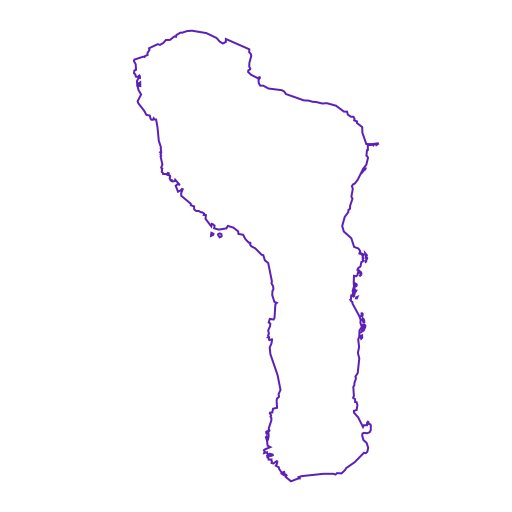 Fefen, Federated States of Micronesia (Natural Earth projection)
{"feature_id": "79324940B58883222100719", "entity_name": "Fefen", "entity_type": "district", "adm_level": 2, "iso_a3": "FSM", "parent_name": "Federated States of Micronesia", "parent_adm1": "", "projection": "natural_earth1", "projection_center": [151.838, 7.342], "detail": "fine", "context": "isolated", "style": "outline", "palette": "violet", "viewbox_px": 512, "rotation_deg": 0, "n_neighbors": 0, "source": "geoboundaries", "source_scale": "gbopen_adm2", "svg_char_len": 6071}
<svg xmlns="http://www.w3.org/2000/svg" viewBox="0 0 512 512"><path d="M233.3,227.6L238.1,231.3L238.5,234.0L243.1,234.7L245.4,239.1L248.8,242.7L250.0,242.6L250.5,243.2L250.1,244.7L251.3,246.3L255.2,248.3L261.8,254.9L263.3,255.2L264.9,260.4L268.2,263.0L271.9,281.3L271.5,283.3L273.1,286.2L273.4,289.3L272.5,290.8L272.2,295.0L274.4,301.9L276.8,302.9L275.4,304.2L274.5,317.9L273.6,319.5L269.8,318.9L268.7,322.6L270.3,323.6L270.1,326.1L268.2,330.4L268.9,333.6L268.1,335.3L268.6,336.3L267.9,337.3L269.1,337.4L269.0,339.7L269.7,340.1L271.9,339.3L272.1,340.0L271.4,343.7L269.7,347.5L270.4,354.2L277.6,375.2L280.5,389.9L278.6,394.1L279.0,396.8L277.0,398.6L276.6,400.9L277.1,407.8L273.0,408.7L272.3,412.5L270.1,412.6L269.8,413.2L271.1,415.3L270.5,416.7L271.3,417.6L271.4,420.2L268.9,427.8L268.7,429.4L269.4,430.2L269.3,431.0L268.2,431.6L267.3,431.1L266.2,431.9L266.4,433.5L267.0,433.9L268.4,433.1L268.7,436.0L268.2,438.6L266.7,436.3L265.9,437.2L267.0,440.5L267.6,445.7L270.3,447.1L264.5,449.6L263.9,450.2L264.6,451.2L264.1,453.1L267.0,452.2L267.7,454.6L269.9,453.7L272.7,454.6L272.8,455.3L271.1,455.9L267.2,456.0L267.4,457.4L268.4,457.8L268.6,459.6L271.5,459.5L271.4,460.8L271.9,461.3L271.6,463.0L273.4,463.5L276.8,461.1L277.3,461.6L276.9,463.9L275.8,465.7L278.8,467.3L279.1,468.9L281.7,472.7L284.1,471.9L284.5,473.3L283.6,473.0L283.3,474.3L282.6,474.3L283.6,475.0L286.1,474.7L286.6,475.4L285.5,476.8L291.0,481.3L297.9,478.6L299.8,478.4L299.7,477.6L298.5,477.6L298.4,477.1L301.9,476.1L323.5,473.8L333.3,473.8L335.6,474.5L337.1,473.1L341.5,473.4L345.0,470.1L346.2,468.1L354.8,462.1L363.9,452.8L365.7,453.2L367.3,451.8L368.2,447.8L366.6,442.9L363.4,440.0L362.2,435.7L362.5,433.5L363.8,432.9L367.3,433.2L369.7,432.2L370.8,430.0L370.8,425.2L370.1,424.2L368.8,424.0L368.4,422.0L367.9,421.7L367.1,422.7L367.0,425.2L363.9,425.2L363.0,427.0L358.2,417.4L353.9,412.6L354.0,410.8L356.6,410.0L357.4,405.2L356.7,402.3L355.1,402.0L355.1,399.2L353.1,397.8L353.9,395.9L353.3,386.9L354.3,385.3L354.5,382.6L356.0,378.5L355.4,376.6L357.7,373.1L359.3,358.5L357.9,352.9L359.1,347.0L358.2,339.4L359.2,337.1L359.5,330.5L362.4,326.1L361.9,325.1L361.3,325.4L360.4,322.8L360.7,319.9L359.3,316.1L352.5,303.6L352.4,302.0L351.6,301.6L350.3,299.7L351.0,299.1L351.2,295.4L352.4,295.1L353.1,292.8L352.9,291.7L354.9,289.7L354.5,288.6L353.1,289.4L354.1,286.1L353.7,283.2L354.0,275.8L356.2,276.3L357.5,274.9L358.1,271.7L358.9,270.4L357.4,269.8L358.2,268.1L360.4,266.6L361.4,262.0L362.8,261.5L363.2,260.7L362.6,259.1L363.5,258.2L362.6,257.2L363.5,254.5L362.6,253.9L361.9,254.7L360.6,252.8L360.0,253.8L359.4,253.5L360.2,251.1L358.4,248.5L354.1,246.9L351.3,238.2L343.8,231.5L342.2,226.0L344.7,217.0L348.3,212.1L348.4,210.0L350.0,208.7L350.1,205.7L352.5,198.8L351.4,196.7L352.8,188.8L351.9,186.1L353.0,184.4L354.9,183.5L357.8,179.6L363.2,168.7L366.3,164.8L368.0,157.9L367.3,156.3L366.4,155.6L367.0,150.2L367.9,149.9L367.8,145.2L372.6,144.8L373.4,145.4L374.4,144.2L376.1,144.4L376.4,145.1L378.1,143.9L377.8,143.3L372.3,144.1L366.3,144.0L362.4,132.8L362.2,127.1L356.8,122.9L357.0,121.4L354.2,120.4L354.5,118.8L353.5,116.8L350.9,116.7L347.8,114.6L347.1,111.7L343.9,111.6L336.0,105.7L326.9,103.2L322.2,103.5L316.1,102.0L312.6,101.8L308.6,100.6L303.9,100.4L286.0,94.1L284.2,91.5L281.8,90.2L268.4,88.5L263.3,85.7L260.3,85.7L258.8,83.2L258.5,79.9L259.9,77.9L259.6,77.2L257.4,78.0L251.1,74.8L248.1,71.9L248.3,70.4L250.1,69.4L250.3,68.6L249.2,66.5L249.4,62.8L251.3,55.8L250.7,53.9L249.2,52.2L249.3,49.3L225.9,39.0L225.8,42.0L222.9,43.5L219.7,41.6L216.6,38.0L206.4,33.1L192.0,30.7L187.0,31.1L182.2,32.7L180.3,32.7L176.4,35.0L176.0,36.8L174.4,36.4L170.0,39.9L165.9,40.0L163.4,42.9L160.0,44.9L157.6,44.2L149.0,48.3L149.5,49.9L147.4,53.2L147.6,55.0L145.1,56.0L144.5,57.0L143.2,56.7L134.4,59.6L133.9,61.0L135.7,64.3L136.0,69.8L134.4,70.5L134.0,73.2L135.4,74.5L135.8,76.6L137.7,76.9L139.4,75.5L140.0,76.5L139.9,78.1L138.7,77.9L137.0,80.9L137.2,85.1L138.1,84.5L137.7,83.1L138.9,83.5L140.2,82.4L140.3,86.1L138.2,85.8L137.8,87.0L138.5,90.1L141.1,94.4L137.6,101.3L138.3,103.2L144.4,111.1L146.3,114.8L149.8,115.6L150.4,118.3L151.3,119.7L152.8,119.8L153.7,118.3L154.2,119.4L156.1,119.5L157.5,127.4L158.8,140.8L160.9,147.2L160.7,148.4L161.2,151.0L160.2,152.2L161.2,152.9L160.5,154.4L161.2,155.8L160.6,156.5L162.4,164.7L161.2,167.5L162.1,168.5L161.7,168.8L162.1,170.1L161.7,171.8L162.9,173.0L163.0,173.9L166.8,174.1L167.9,172.9L168.8,173.3L168.8,174.0L167.7,174.9L170.0,175.7L170.2,176.9L169.6,178.1L170.6,180.4L171.4,180.4L171.9,179.3L171.7,181.0L172.4,181.5L174.8,181.0L175.2,179.7L179.9,185.1L177.8,184.1L175.7,185.7L178.0,191.7L181.1,190.1L182.0,188.9L182.7,189.2L181.1,193.3L181.3,195.8L190.8,203.8L190.8,205.2L194.1,206.4L194.1,208.9L194.7,209.9L196.2,211.0L198.8,211.0L201.0,212.3L202.3,212.3L204.2,213.7L203.8,215.0L205.9,215.1L205.5,218.8L211.3,226.4L211.8,223.9L212.8,224.2L214.6,225.7L214.1,228.3L218.8,229.6L226.4,228.4L227.8,225.9L233.3,227.6ZM361.6,331.8L363.7,330.5L365.1,327.3L365.4,325.7L364.5,324.6L363.6,324.9L363.8,325.7L361.6,331.8ZM219.6,237.3L221.6,236.4L221.4,234.2L219.8,233.4L218.4,233.9L218.0,234.8L219.6,237.3ZM363.4,322.5L364.3,322.2L364.3,321.0L363.7,319.2L362.6,318.2L362.3,320.2L362.9,320.6L363.4,322.5ZM366.9,255.3L365.2,253.2L366.1,258.5L366.9,258.9L367.2,258.1L366.2,256.7L366.9,255.3ZM211.0,235.9L213.2,234.9L213.4,233.7L211.4,232.8L211.0,235.9ZM361.2,338.8L362.2,337.8L362.1,335.3L361.2,335.6L360.5,336.9L361.2,338.8ZM353.5,296.6L354.0,296.3L354.9,292.5L352.6,295.8L353.5,296.6ZM362.7,171.8L364.3,169.8L365.1,169.6L365.5,168.7L364.0,168.9L362.7,170.8L362.7,171.8ZM361.1,316.0L362.4,315.9L362.6,315.4L362.7,313.9L362.0,313.2L361.5,313.4L361.7,314.4L361.1,316.0ZM355.8,286.4L356.7,285.6L356.7,284.4L355.5,283.6L355.4,285.8L355.8,286.4ZM361.1,272.3L360.2,271.7L359.8,272.8L360.4,272.8L360.7,273.8L361.4,273.2L361.1,272.3ZM356.8,298.4L357.5,296.8L356.3,297.3L356.0,298.3L356.8,298.4ZM360.4,274.7L359.5,276.3L361.0,275.0L360.4,274.7ZM355.7,291.6L356.3,290.5L355.5,290.3L354.8,291.1L355.7,291.6ZM365.3,260.9L365.7,261.9L366.2,261.5L366.2,260.3L365.3,260.9Z" fill="none" stroke="#5b21b6" stroke-width="2"/></svg>